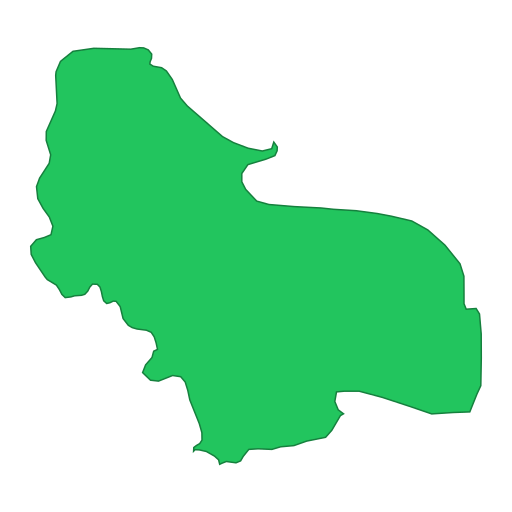 map outline of Una-Sana (Robinson projection)
{"feature_id": "BIH-2225", "entity_name": "Una-Sana", "entity_type": "Canton", "adm_level": 1, "iso_a3": "BIH", "parent_name": "Bosnia and Herzegovina", "parent_adm1": "", "projection": "robinson", "projection_center": [16.171, 44.785], "detail": "fine", "context": "isolated", "style": "filled", "palette": "green", "viewbox_px": 512, "rotation_deg": 0, "n_neighbors": 0, "source": "natural_earth", "source_scale": "10m", "svg_char_len": 1994}
<svg xmlns="http://www.w3.org/2000/svg" viewBox="0 0 512 512"><path d="M262.3,151.0L271.7,148.7L273.8,142.1L275.1,143.9L277.3,147.0L277.1,150.8L274.9,155.6L266.1,159.1L247.9,164.6L241.8,173.5L241.8,181.8L245.7,189.4L256.7,201.1L268.9,204.5L294.3,206.6L321.3,208.0L333.4,209.3L356.1,210.7L377.1,213.5L391.4,216.2L411.8,221.0L427.9,230.0L445.0,245.2L460.0,263.8L463.9,276.2L464.0,295.4L464.0,303.7L466.2,309.2L476.1,308.5L479.5,314.0L481.2,334.0L481.3,358.1L480.8,385.7L477.0,393.9L473.1,403.6L469.8,411.9L453.2,412.5L431.7,413.9L409.5,406.3L382.4,397.4L359.2,391.2L344.2,391.2L336.5,391.9L334.8,401.5L338.2,409.8L343.5,413.8L340.4,415.6L331.8,430.3L325.6,437.3L306.7,441.1L293.9,445.6L280.6,446.8L271.9,449.4L258.1,448.8L248.8,449.4L243.2,456.4L240.6,460.9L236.0,462.8L226.3,461.5L222.0,463.2L219.7,464.3L218.6,459.8L214.5,456.1L206.4,451.5L199.4,449.9L195.1,449.7L193.6,451.2L193.8,447.5L196.4,445.5L199.7,443.6L202.0,440.1L201.9,432.7L199.3,423.6L189.8,399.9L187.8,390.4L185.2,382.0L180.7,376.7L172.6,375.5L158.5,381.1L150.5,380.2L142.6,372.6L145.6,364.9L152.0,357.5L153.7,351.2L156.9,349.7L157.5,349.3L156.1,342.8L154.2,336.8L151.2,332.3L146.4,330.2L137.0,329.0L132.2,327.6L128.3,325.3L123.1,318.6L120.2,306.6L116.1,301.3L113.2,301.1L110.0,302.7L106.7,303.5L103.7,300.8L102.4,296.6L101.4,291.6L100.0,287.1L97.3,284.3L92.5,284.1L89.8,287.1L87.7,291.2L84.8,294.3L81.5,295.3L74.6,295.8L70.9,296.9L65.2,297.6L61.9,294.4L59.4,289.6L56.4,285.1L47.3,279.6L45.2,277.1L35.5,262.7L31.2,254.4L30.7,246.3L36.4,239.7L44.3,237.5L51.0,234.7L52.9,226.2L49.3,217.0L43.1,208.4L37.8,198.7L36.5,186.6L37.8,183.1L39.6,178.1L49.2,163.3L50.7,154.8L46.2,140.4L46.3,131.5L55.4,111.0L57.1,103.6L55.7,75.4L56.1,71.7L60.5,61.4L64.4,58.2L73.0,51.3L93.8,48.3L130.7,49.2L139.5,47.7L143.7,47.9L148.3,49.9L151.7,54.1L151.5,58.3L150.1,61.8L149.8,64.0L153.2,66.2L161.6,67.7L166.4,71.0L172.3,79.5L180.5,98.1L187.2,105.9L222.5,136.6L233.4,142.6L248.1,148.2L262.3,151.0Z" fill="#22c55e" stroke="#15803d" stroke-width="1.5"/></svg>